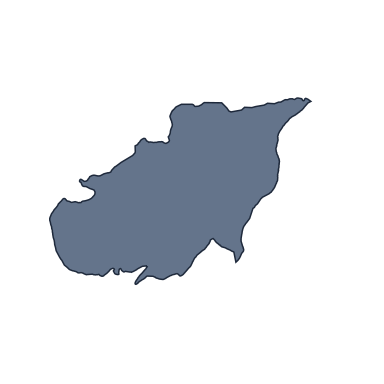 Alvarado, Cartago, Costa Rica, rotated 62°
{"feature_id": "36466004B14644895644866", "entity_name": "Alvarado", "entity_type": "district", "adm_level": 2, "iso_a3": "CRI", "parent_name": "Costa Rica", "parent_adm1": "Cartago", "projection": "mercator", "projection_center": [-83.805, 9.945], "detail": "fine", "context": "isolated", "style": "filled", "palette": "slate", "viewbox_px": 384, "rotation_deg": 62, "n_neighbors": 0, "source": "geoboundaries", "source_scale": "gbopen_adm2", "svg_char_len": 6081}
<svg xmlns="http://www.w3.org/2000/svg" viewBox="0 0 384 384"><g transform="rotate(62 192 192)"><path d="M167.8,44.5L164.5,46.1L163.5,46.9L162.7,47.6L162.8,48.8L163.8,49.9L163.8,50.6L163.1,51.3L161.4,51.3L161.0,51.5L158.7,54.4L158.3,55.5L158.5,57.9L157.7,58.9L156.8,59.6L155.6,62.1L155.4,64.3L154.3,66.3L154.2,67.0L154.3,71.4L153.3,73.4L152.8,77.7L149.1,83.7L149.2,87.4L146.5,95.5L145.6,99.5L141.9,105.8L142.9,109.8L139.6,120.0L137.8,121.4L134.2,121.8L127.2,123.9L118.8,139.2L119.0,141.1L119.4,142.5L119.3,145.9L118.1,148.7L117.6,149.4L115.7,149.8L114.7,150.6L109.6,160.2L109.4,165.8L109.6,166.9L110.4,168.6L110.6,169.9L110.9,170.3L111.1,171.4L111.6,171.8L111.7,172.3L114.3,175.5L115.1,176.1L118.4,176.7L119.6,176.7L120.8,177.1L121.9,177.3L123.3,177.7L123.4,177.9L124.4,178.4L126.7,181.2L128.1,182.5L129.8,183.6L131.2,185.2L132.2,186.8L132.2,187.1L135.8,187.7L136.2,188.0L136.5,188.5L136.9,189.5L136.9,191.8L136.8,192.3L135.9,193.3L135.0,193.9L134.4,194.1L134.2,194.4L133.9,194.4L133.2,195.3L133.0,196.1L132.2,197.5L131.7,199.0L131.6,199.9L130.8,201.3L130.3,202.7L129.6,203.6L129.2,203.9L128.9,204.6L128.2,205.4L127.9,206.2L127.9,206.8L126.4,207.4L125.6,208.1L123.3,208.2L122.6,208.5L122.0,209.5L122.0,211.5L122.3,213.1L123.3,214.8L123.7,216.4L124.2,217.1L124.6,218.1L124.6,220.6L129.7,223.1L130.6,223.8L131.9,227.3L132.6,240.7L133.6,247.1L133.6,248.5L135.2,253.0L135.4,253.1L136.2,254.3L136.2,255.1L135.9,256.7L135.5,257.4L134.6,261.2L134.6,264.4L134.5,265.8L133.7,267.5L131.4,270.2L130.8,271.4L130.5,272.8L130.5,275.1L131.3,276.3L132.0,278.0L132.3,278.2L132.7,279.4L132.7,280.5L132.0,282.2L129.0,283.8L128.5,284.4L128.5,285.0L129.5,286.2L130.6,286.2L131.4,285.5L133.3,285.8L135.0,285.8L135.8,285.4L136.3,284.9L137.5,282.9L141.2,280.4L142.8,278.8L144.3,277.6L146.4,277.6L147.5,278.2L148.4,278.9L149.1,280.0L149.7,281.9L149.9,282.1L150.4,284.0L150.4,286.6L150.0,288.8L149.5,290.9L148.8,292.7L148.8,293.8L149.2,295.1L148.4,296.5L148.4,296.8L147.7,297.8L147.2,298.1L145.7,299.7L144.7,303.1L144.2,303.7L142.8,304.6L141.4,306.3L140.6,306.8L140.0,306.8L138.4,307.2L137.7,307.9L137.6,308.2L137.6,309.3L137.8,309.8L138.6,311.6L139.2,313.8L139.5,314.2L139.5,314.8L139.8,315.6L141.0,317.1L142.0,319.3L143.0,322.1L144.2,323.9L144.2,324.1L145.3,326.3L147.1,328.4L147.6,329.1L148.7,330.1L150.3,330.9L151.9,331.2L154.6,332.0L156.8,332.3L158.1,332.9L160.6,333.4L161.8,334.1L162.6,334.2L164.2,334.9L167.2,335.9L169.7,336.3L172.1,337.1L173.9,337.9L176.7,338.5L180.1,339.5L187.5,339.5L190.1,339.3L191.1,339.0L196.6,339.0L199.6,337.7L200.7,337.4L201.2,337.1L202.2,336.9L203.2,336.4L205.6,334.3L206.1,333.5L206.3,333.4L208.2,331.4L209.4,330.9L210.0,330.4L210.6,329.3L211.1,327.8L211.6,327.2L212.4,326.4L213.4,325.8L215.1,324.4L215.5,324.0L215.5,323.7L217.8,318.5L218.8,317.7L220.0,315.9L220.1,315.3L220.7,314.2L221.0,312.9L222.6,312.4L224.1,311.1L224.5,310.1L224.5,309.2L224.2,308.5L223.8,305.4L222.9,302.4L222.0,300.4L222.1,298.2L222.4,297.5L223.1,296.9L224.0,296.9L224.7,298.4L225.0,298.5L227.8,298.5L229.0,297.7L230.2,296.1L230.2,295.1L228.1,294.2L227.6,293.6L226.7,293.1L226.0,292.3L226.0,291.1L226.3,290.9L228.3,290.9L230.3,290.0L230.7,289.5L230.8,288.1L233.6,284.3L234.1,283.3L234.4,283.2L234.6,280.9L234.6,277.2L234.3,276.5L234.3,270.7L235.8,267.0L236.7,267.2L236.7,266.9L236.9,266.7L237.3,267.3L237.4,267.7L238.2,268.8L238.7,270.5L239.1,271.2L239.1,271.6L240.0,273.6L241.0,276.9L241.5,278.1L242.0,278.8L242.2,279.6L243.4,281.5L243.9,282.7L244.9,284.2L245.8,285.1L246.7,285.3L247.0,285.1L247.2,284.8L247.2,283.4L247.0,282.3L246.7,282.1L246.5,281.3L246.5,280.4L246.3,280.0L246.3,278.7L246.1,277.9L246.1,275.2L245.9,274.8L245.8,273.5L245.2,271.9L245.2,271.0L248.1,266.0L248.7,265.5L249.4,265.1L249.6,264.7L250.8,264.2L251.4,263.7L252.4,262.6L253.4,261.8L255.3,259.2L255.8,258.2L255.9,255.6L255.7,254.8L255.7,250.3L255.9,249.5L255.9,248.2L256.6,245.7L256.6,244.8L257.0,244.0L257.0,243.6L257.5,243.1L260.5,242.0L260.8,241.3L260.8,239.5L260.6,238.3L259.9,236.7L259.9,236.3L259.7,236.1L259.3,234.9L259.2,234.5L258.8,233.8L258.8,233.4L258.2,232.3L258.1,231.8L257.5,230.3L257.2,229.0L256.6,227.7L254.3,224.6L253.9,224.4L253.7,223.7L252.4,222.0L251.3,220.1L251.2,219.2L250.1,217.3L249.2,212.6L249.0,212.4L249.0,211.5L248.7,211.1L248.7,209.8L248.5,209.6L248.5,207.8L247.8,206.5L247.6,205.7L246.7,204.1L245.6,201.3L245.4,200.9L245.0,200.7L244.9,200.3L244.6,200.1L244.3,199.4L243.0,198.3L242.9,195.6L243.0,195.2L245.4,194.5L246.7,194.5L248.9,193.8L249.6,193.3L250.0,193.3L250.6,192.9L251.1,192.9L251.7,192.6L251.9,192.2L252.8,192.2L253.1,191.9L254.3,191.5L257.0,188.7L258.5,187.8L261.2,185.6L263.1,184.5L264.4,183.3L264.9,183.3L274.6,186.2L273.9,183.6L272.8,181.3L271.7,179.7L269.5,177.0L268.7,175.0L268.3,174.3L267.6,173.7L266.7,173.2L265.8,173.2L264.8,172.8L263.4,172.8L263.2,172.7L259.2,171.9L258.2,171.7L257.4,171.1L257.1,171.1L255.7,170.2L253.3,168.4L252.8,168.1L252.5,167.7L250.0,165.9L249.9,165.7L248.8,164.8L247.0,162.9L247.0,162.7L246.6,162.3L245.5,160.0L245.1,159.6L244.7,158.3L242.4,153.5L235.1,145.9L234.9,144.1L234.1,143.1L233.6,141.9L233.2,139.8L230.2,134.2L230.1,133.3L229.7,132.6L229.7,124.5L229.3,122.9L229.3,122.0L229.0,121.7L228.2,119.7L227.7,119.1L227.7,118.7L226.2,116.2L225.8,116.0L225.0,114.8L224.7,114.6L223.7,113.1L223.0,112.7L222.8,112.1L222.0,111.1L219.3,109.4L218.5,109.2L217.9,108.6L217.4,108.6L217.0,108.4L213.8,105.6L213.4,105.6L213.2,105.2L212.7,105.2L210.9,103.6L208.9,102.5L208.3,101.9L207.8,101.8L207.6,101.5L206.2,100.6L205.9,100.3L205.0,100.2L204.7,99.9L203.8,99.8L203.5,99.6L202.1,99.6L200.5,99.2L198.2,99.2L197.0,98.7L196.1,98.7L193.2,97.6L192.3,96.9L191.5,95.9L190.8,95.6L190.6,95.2L190.2,95.1L189.3,94.3L188.8,93.6L188.3,93.4L187.9,92.8L187.2,92.4L187.0,92.0L186.0,91.4L184.9,91.1L184.6,90.7L183.8,90.6L183.0,90.2L182.3,89.3L181.3,88.5L179.6,86.1L177.7,82.4L176.5,80.6L176.4,79.7L175.2,77.3L174.7,75.7L174.7,75.3L174.1,73.6L172.9,71.2L172.9,70.3L172.5,68.7L172.5,64.2L172.2,63.4L172.2,62.0L171.8,60.7L171.8,59.4L171.3,58.2L171.3,56.8L170.7,55.2L170.5,54.3L170.0,53.6L168.0,48.3L167.8,47.9L167.8,44.5Z" fill="#64748b" stroke="#1e293b" stroke-width="1.5"/></g></svg>